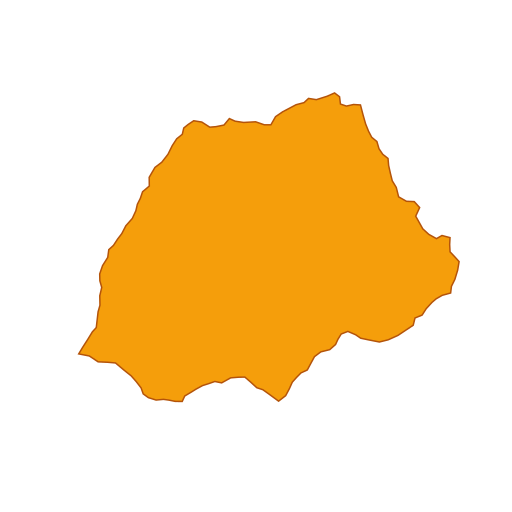 the district of Aurora, Santa Catarina, Brazil, rotated 166°
{"feature_id": "56859067B27230834805142", "entity_name": "Aurora", "entity_type": "district", "adm_level": 2, "iso_a3": "BRA", "parent_name": "Brazil", "parent_adm1": "Santa Catarina", "projection": "albers", "projection_center": [-49.591, -27.33], "detail": "fine", "context": "isolated", "style": "filled", "palette": "amber", "viewbox_px": 512, "rotation_deg": 166, "n_neighbors": 0, "source": "geoboundaries", "source_scale": "gbopen_adm2", "svg_char_len": 1915}
<svg xmlns="http://www.w3.org/2000/svg" viewBox="0 0 512 512"><g transform="rotate(166 256 256)"><path d="M118.1,377.3L124.7,379.4L132.0,379.6L137.3,383.0L136.4,390.3L140.3,395.2L148.4,393.8L159.6,393.1L166.9,396.2L172.3,393.2L180.5,393.1L188.2,391.2L195.2,389.5L203.3,386.5L209.8,379.7L216.2,381.3L223.9,386.3L235.8,388.6L243.7,391.9L248.6,395.8L255.4,390.8L263.6,391.2L269.7,392.2L276.2,399.1L283.7,402.3L289.9,400.1L295.1,397.7L298.1,391.9L304.6,388.9L310.6,383.3L316.8,376.0L324.7,369.8L332.6,366.4L340.6,358.2L342.6,349.7L350.5,345.8L354.3,339.9L358.6,334.9L361.6,329.0L366.9,322.4L375.0,316.8L380.8,310.2L386.2,305.9L391.7,300.8L397.3,297.8L400.2,290.5L407.2,283.8L412.0,276.4L413.5,269.7L413.3,262.8L417.2,255.2L419.3,246.0L422.7,240.1L425.4,232.9L428.3,225.2L433.1,222.0L439.5,215.7L446.2,209.4L451.7,203.9L441.9,199.3L434.8,191.5L425.7,188.8L418.2,186.2L411.4,176.8L406.1,169.9L402.6,163.1L399.4,155.8L398.8,149.5L394.7,144.6L387.8,140.4L380.5,139.3L375.5,137.3L369.6,134.5L362.8,132.7L359.0,137.4L351.7,139.6L346.5,141.3L339.2,143.2L332.7,143.6L326.3,144.2L320.0,141.2L310.1,143.9L302.2,142.6L296.1,141.2L291.8,135.1L287.1,128.0L281.7,124.6L276.5,118.5L269.2,109.7L261.0,113.3L255.7,119.2L251.3,124.8L246.0,128.4L240.6,131.7L233.8,133.0L229.0,138.3L223.6,144.2L216.3,147.3L207.1,147.3L200.2,150.9L196.7,155.3L192.2,159.7L185.1,160.6L178.4,155.5L174.3,150.9L167.3,147.5L157.1,142.7L148.0,142.7L137.5,144.6L120.2,150.8L116.7,157.4L109.1,158.5L103.6,163.7L96.5,168.4L91.5,170.9L84.8,172.8L76.1,173.0L73.7,179.3L68.7,185.2L63.8,193.4L60.3,201.4L63.2,206.9L66.7,213.1L65.3,220.3L63.3,226.9L70.6,230.9L76.7,229.2L83.1,235.2L87.6,242.0L91.4,256.0L85.5,263.4L89.3,270.5L96.8,272.7L103.3,278.9L103.3,288.6L105.6,296.0L105.6,303.7L105.4,311.8L104.3,318.7L108.4,324.0L110.7,330.3L111.0,337.8L115.0,343.2L116.6,349.8L117.7,357.7L118.0,367.5L118.1,377.3Z" fill="#f59e0b" stroke="#b45309" stroke-width="1.5"/></g></svg>